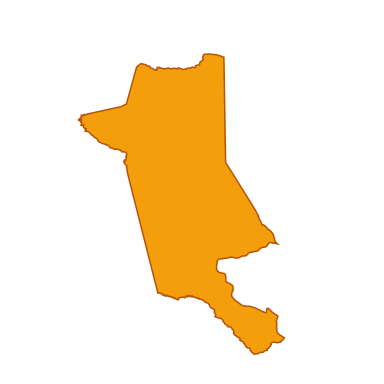 the district of Segovia, Antioquia, Colombia, rotated 106°
{"feature_id": "7082276B19668764793541", "entity_name": "Segovia", "entity_type": "district", "adm_level": 2, "iso_a3": "COL", "parent_name": "Colombia", "parent_adm1": "Antioquia", "projection": "equal_earth", "projection_center": [-74.607, 7.274], "detail": "fine", "context": "isolated", "style": "filled", "palette": "amber", "viewbox_px": 384, "rotation_deg": 106, "n_neighbors": 0, "source": "geoboundaries", "source_scale": "gbopen_adm2", "svg_char_len": 5946}
<svg xmlns="http://www.w3.org/2000/svg" viewBox="0 0 384 384"><g transform="rotate(106 192 192)"><path d="M313.4,68.4L311.4,65.0L310.3,65.1L309.0,63.8L307.9,63.3L306.6,63.1L306.5,64.1L304.9,69.1L303.5,71.3L302.7,71.9L299.7,73.0L296.8,73.9L295.4,74.1L292.8,75.3L290.9,75.4L288.6,75.0L287.5,75.4L287.0,76.6L286.5,78.8L285.4,81.7L284.8,82.6L283.1,86.0L282.9,86.7L282.9,87.4L283.3,87.8L287.2,87.5L287.7,87.7L287.8,88.4L286.0,99.8L285.9,103.3L286.0,105.2L287.1,109.8L287.2,112.1L286.9,113.5L284.3,120.3L282.7,123.3L281.2,125.0L280.1,125.5L279.2,125.8L276.4,125.8L275.4,125.3L272.3,126.2L270.9,127.1L270.3,128.3L269.6,130.6L269.0,134.4L267.4,135.1L265.6,135.6L262.1,137.2L261.7,137.8L261.5,138.7L261.8,143.2L261.2,145.2L260.8,146.0L259.0,147.1L256.9,148.0L254.8,148.1L253.2,148.5L251.0,148.6L249.5,148.0L248.6,146.5L245.9,140.0L244.9,138.5L244.1,137.0L243.6,135.2L243.5,132.1L243.1,130.4L242.2,128.7L240.2,126.6L239.5,125.6L239.0,123.9L238.4,122.6L237.2,121.7L235.4,120.9L234.2,119.7L232.6,116.4L232.0,115.7L231.5,114.3L230.9,113.6L230.9,112.9L227.3,110.6L226.2,109.6L224.4,105.9L222.6,104.9L221.1,104.3L219.3,104.1L218.8,101.7L218.8,99.2L218.4,98.1L218.3,95.5L217.4,97.2L217.4,97.9L217.2,98.2L215.7,98.9L215.1,99.5L213.7,99.9L213.4,100.9L212.2,101.0L211.4,101.5L210.5,102.5L209.5,103.1L209.1,103.9L208.1,105.3L207.3,106.7L207.1,108.6L206.2,109.1L205.7,110.6L204.5,112.1L204.3,113.5L203.9,114.0L204.3,115.6L201.1,118.0L200.4,119.1L199.7,119.6L199.4,120.2L197.6,121.0L197.4,121.3L197.4,121.8L197.1,122.0L196.9,122.0L196.6,121.6L190.5,127.7L154.2,167.9L53.6,198.5L53.7,200.9L53.2,202.7L53.6,204.6L53.2,206.4L53.4,207.4L53.8,208.2L54.2,211.7L55.1,215.0L55.9,216.8L56.0,217.7L56.3,218.3L57.1,218.7L57.7,218.8L58.4,218.5L59.7,219.0L60.5,218.4L61.7,217.9L62.2,217.9L63.4,218.7L64.5,219.9L65.6,220.2L67.5,219.8L68.0,220.4L68.7,222.3L69.4,223.2L69.9,223.4L71.4,223.1L71.7,223.3L71.8,226.2L73.1,227.4L73.5,228.2L73.9,229.8L75.3,231.7L76.8,234.5L76.4,237.4L76.4,239.3L76.7,239.7L77.6,239.8L77.7,242.0L78.0,243.3L78.5,244.5L79.1,245.5L79.5,246.6L79.3,248.9L80.0,249.9L80.4,251.0L81.1,251.5L81.1,252.2L81.4,253.1L81.4,257.2L81.2,258.3L81.7,259.0L81.9,259.7L83.0,259.3L83.7,260.0L84.1,259.9L84.6,259.5L85.0,260.1L84.7,261.2L84.7,262.5L84.1,263.9L84.2,266.0L83.2,266.8L82.7,268.1L82.8,268.7L83.4,270.1L82.6,270.9L82.3,271.7L82.6,274.0L82.5,275.9L82.9,276.7L85.2,278.4L86.0,278.5L86.0,279.0L87.0,279.4L87.2,279.7L125.5,279.3L129.5,283.7L145.8,314.0L146.0,314.0L146.6,315.2L147.5,315.5L147.5,316.1L147.2,316.8L147.3,317.3L147.9,317.0L147.9,317.3L148.1,317.4L148.3,317.3L148.3,317.7L148.6,318.1L148.4,318.9L148.9,319.2L148.9,319.6L149.8,319.1L150.4,319.4L150.7,319.4L151.3,319.1L151.2,318.7L151.8,318.7L152.2,319.2L152.1,319.6L152.3,320.2L152.3,320.8L152.5,320.4L152.4,320.0L152.6,319.5L152.9,319.3L152.8,318.6L153.1,318.7L153.4,319.1L153.6,320.2L153.8,320.1L153.8,320.8L154.1,320.7L154.2,320.9L154.3,320.8L154.1,320.1L154.3,320.0L154.5,319.2L154.2,318.6L154.6,318.7L154.7,317.6L155.2,317.6L155.7,318.0L155.8,317.4L156.2,316.9L157.0,316.7L157.8,316.9L157.9,317.3L158.2,317.2L158.2,316.7L158.6,316.5L158.3,315.7L158.2,315.1L158.2,314.9L157.9,314.7L158.2,314.7L159.7,314.0L160.0,313.6L160.3,313.1L160.4,311.2L160.9,311.1L161.4,311.8L162.1,310.8L162.9,311.3L162.7,308.2L163.1,307.0L164.0,305.5L164.7,305.0L165.3,302.3L166.1,301.3L167.0,298.6L167.1,297.8L167.8,297.0L169.0,296.4L169.4,295.2L169.9,292.2L170.2,291.7L170.0,290.7L170.0,288.1L170.5,286.9L170.2,286.1L170.5,284.7L170.8,284.2L172.0,283.0L172.2,282.6L171.7,281.6L171.8,280.8L172.3,279.3L172.1,278.3L172.3,277.4L171.6,276.5L171.3,274.7L171.6,273.7L171.5,272.1L172.3,271.2L172.8,270.3L172.5,269.9L172.4,268.8L172.1,268.1L172.1,266.8L172.5,266.0L173.1,265.6L173.2,265.2L174.9,265.1L175.3,265.0L176.4,265.5L176.9,264.5L177.8,264.3L178.7,264.6L179.7,265.5L180.3,264.6L180.9,265.9L181.4,266.0L183.4,264.6L184.6,262.3L184.8,262.1L185.4,262.0L191.8,259.1L298.6,196.9L298.1,196.4L298.0,196.0L297.9,194.7L298.2,194.7L298.3,194.5L298.0,192.7L298.2,192.3L298.6,192.3L298.6,191.9L299.1,191.6L299.0,191.1L298.6,190.7L299.2,190.5L299.0,189.6L299.3,189.3L299.4,188.9L299.2,188.2L298.7,188.1L298.9,187.8L298.8,187.7L298.5,187.8L298.8,187.3L298.6,187.1L298.4,186.4L298.8,185.7L298.6,185.4L299.0,184.9L298.2,183.7L298.6,183.0L298.9,182.7L298.4,181.7L299.0,180.9L298.5,179.9L298.7,179.6L299.2,179.7L299.4,179.3L299.4,178.9L298.7,178.2L299.1,177.3L299.6,176.8L299.7,176.3L299.1,175.2L298.1,175.1L297.2,175.4L296.6,174.0L295.6,172.2L295.5,170.7L295.7,169.8L295.1,169.6L294.8,169.1L293.7,169.1L293.7,168.7L294.0,167.5L293.1,167.7L292.5,167.1L293.0,167.0L292.6,165.7L293.1,165.6L293.1,165.3L292.7,164.1L292.0,164.0L291.7,163.6L291.9,163.1L292.8,163.1L292.1,160.9L292.7,160.1L292.4,158.5L292.7,157.9L292.4,157.6L292.0,156.9L292.1,156.5L292.5,156.8L292.8,156.4L293.0,155.3L292.6,154.4L292.8,152.4L293.4,151.0L293.8,149.6L294.5,148.7L294.3,147.1L294.4,145.8L295.1,145.3L295.3,144.3L296.0,144.1L297.6,142.6L298.3,141.2L298.4,140.5L298.6,139.9L298.5,138.6L299.4,137.5L300.2,137.4L301.2,137.7L302.2,136.7L302.8,135.8L304.0,135.2L305.5,135.6L305.8,133.8L305.5,133.0L305.8,131.6L305.6,130.0L305.6,129.1L306.8,126.9L308.0,126.5L308.4,125.2L309.6,124.1L310.5,121.7L311.6,120.6L311.6,120.2L311.2,118.3L311.2,117.3L311.3,116.8L313.1,115.3L313.2,114.4L314.0,113.8L314.2,113.4L315.4,112.9L315.8,113.3L316.5,113.0L317.5,111.8L317.7,111.4L317.9,110.3L318.6,109.1L319.0,107.4L319.1,106.4L319.6,105.4L320.2,105.2L320.8,105.5L321.1,105.3L321.6,104.2L321.9,101.7L323.1,100.7L323.5,99.5L324.1,99.3L326.2,96.9L326.6,95.8L326.4,94.9L326.3,93.5L326.6,92.7L326.9,92.5L328.0,92.6L328.4,92.3L329.0,91.0L329.5,90.4L329.8,89.3L330.1,89.3L330.8,88.2L330.1,85.8L329.4,84.7L329.1,83.8L327.3,82.4L327.1,81.7L326.8,79.9L325.7,78.8L325.1,78.8L324.5,78.3L323.9,77.2L323.8,76.5L323.5,76.0L321.9,76.2L320.2,74.7L319.3,74.8L318.4,74.1L317.7,74.1L317.2,73.8L316.8,73.8L316.1,74.7L315.0,74.1L313.6,71.4L313.4,68.4Z" fill="#f59e0b" stroke="#b45309" stroke-width="1.5"/></g></svg>